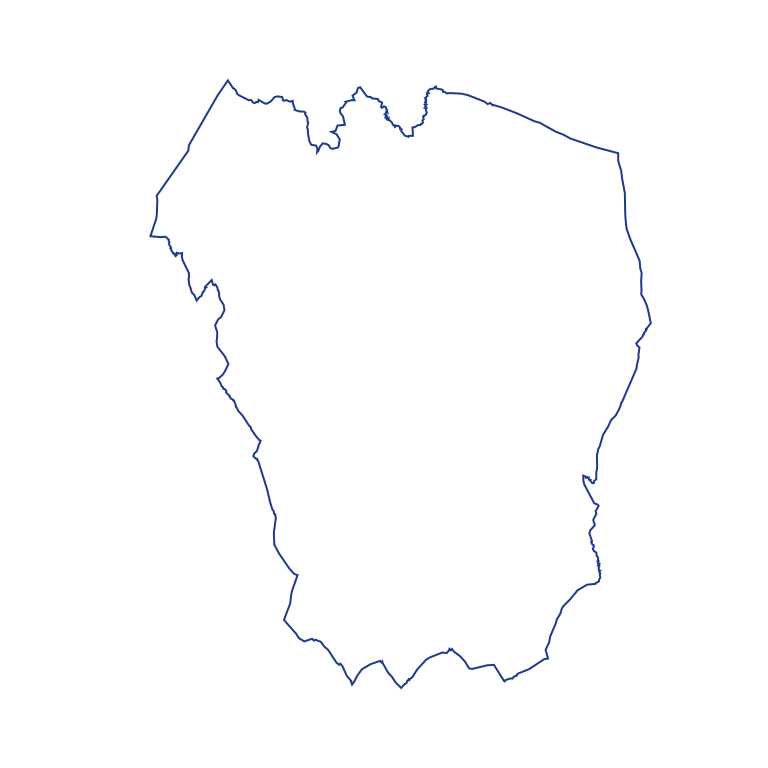 the district of Rakkestad nor, Østfold, Norway, rotated 9°
{"feature_id": "86288312B50253419979546", "entity_name": "Rakkestad nor", "entity_type": "district", "adm_level": 2, "iso_a3": "NOR", "parent_name": "Norway", "parent_adm1": "Østfold", "projection": "mercator", "projection_center": [11.413, 59.36], "detail": "fine", "context": "isolated", "style": "outline", "palette": "blue", "viewbox_px": 768, "rotation_deg": 9, "n_neighbors": 0, "source": "geoboundaries", "source_scale": "gbopen_adm2", "svg_char_len": 6125}
<svg xmlns="http://www.w3.org/2000/svg" viewBox="0 0 768 768"><g transform="rotate(9 384 384)"><path d="M589.0,629.5L585.2,621.3L587.5,613.6L587.7,607.1L591.0,593.9L591.6,589.4L594.0,583.4L594.8,577.9L596.1,575.1L601.7,567.3L607.5,557.4L615.9,550.5L624.2,548.3L624.2,547.6L627.1,545.4L627.1,543.1L627.9,541.3L626.9,538.3L627.2,536.9L625.9,536.0L625.9,534.6L626.4,534.4L625.1,533.7L624.7,531.1L625.1,530.7L624.4,530.2L624.9,530.0L624.9,529.2L624.0,529.2L624.8,527.8L623.3,527.4L623.4,526.5L622.8,525.9L623.5,525.3L622.7,524.9L622.9,522.9L621.8,521.0L621.1,520.8L620.0,517.2L617.4,516.1L616.0,514.0L616.7,512.2L616.3,510.4L615.1,510.1L613.5,508.0L613.4,507.5L614.1,506.9L610.3,499.5L610.3,497.3L610.9,495.8L614.2,490.8L614.1,489.7L612.3,486.6L612.0,485.1L614.1,478.9L612.9,476.6L615.1,470.8L613.6,469.6L610.3,468.9L597.6,452.0L596.1,448.4L595.1,443.3L597.8,444.0L598.2,444.9L599.0,444.1L599.5,444.7L601.0,444.3L601.3,446.4L603.1,446.4L603.0,447.4L604.7,449.0L606.3,449.3L606.8,448.9L606.5,448.3L606.7,447.1L608.5,444.9L607.5,438.0L607.7,435.2L607.4,431.9L605.3,420.3L605.8,417.9L605.7,415.4L606.9,411.1L608.3,399.9L612.0,391.1L613.8,384.3L617.8,378.8L620.1,372.3L621.3,367.1L621.2,365.5L621.9,364.6L631.0,329.1L630.8,325.7L631.4,318.2L630.8,315.9L630.6,308.0L628.0,306.3L626.8,304.3L631.9,296.8L632.1,295.0L633.0,294.3L632.9,292.7L634.5,290.2L634.2,289.0L634.7,289.1L635.0,287.6L638.0,282.3L633.4,270.0L631.0,264.8L627.3,259.1L624.1,255.4L623.7,251.4L621.9,242.2L621.1,234.1L619.0,229.7L617.2,222.3L604.5,202.3L599.7,193.4L598.3,189.5L595.7,178.6L592.0,157.7L587.2,144.3L584.9,136.3L580.4,127.0L579.2,119.4L557.4,117.2L529.7,112.4L522.6,109.8L514.4,108.0L496.9,101.6L491.3,100.9L473.2,95.9L457.3,92.5L447.6,91.2L448.1,91.6L447.7,91.8L445.0,89.8L442.6,91.3L438.9,89.3L421.7,85.6L415.2,85.1L403.1,86.4L400.8,87.2L397.6,85.9L396.6,86.2L396.1,84.6L395.1,84.1L389.5,84.0L388.7,82.1L387.6,82.9L386.8,84.6L383.7,85.3L381.9,87.2L381.5,88.7L382.3,89.6L381.2,89.6L381.1,90.2L381.9,90.2L381.0,91.0L381.9,92.6L380.5,94.4L380.6,95.0L380.0,95.2L381.0,96.4L380.6,97.0L381.3,97.5L380.6,99.3L381.4,99.2L381.2,101.0L381.9,101.2L380.6,102.0L382.2,103.5L381.8,103.8L382.4,104.2L382.3,104.9L381.8,105.1L382.6,105.3L382.2,105.8L382.5,106.8L383.8,109.3L383.1,111.7L381.3,112.8L381.4,113.5L380.8,113.9L381.8,116.4L380.8,117.6L381.5,119.7L380.8,121.1L379.7,121.5L379.3,122.5L376.8,123.2L374.2,125.5L372.0,126.1L373.8,134.3L369.6,135.1L369.5,136.0L365.7,135.4L361.4,131.5L361.6,129.7L360.0,129.7L359.8,128.3L358.2,126.9L354.6,126.9L355.0,128.0L354.5,128.4L353.6,126.9L352.2,126.6L351.1,124.7L348.3,122.6L346.8,122.6L346.9,121.7L346.3,122.4L345.4,122.1L344.6,121.1L345.4,120.3L345.2,119.8L345.8,120.4L345.5,119.1L344.7,118.6L343.9,119.4L344.1,118.0L342.6,117.5L343.4,116.7L343.5,115.1L344.9,115.4L344.2,114.2L344.4,113.2L343.1,112.1L342.9,110.7L340.6,109.7L339.3,111.2L338.1,111.3L337.7,109.8L338.2,106.8L337.8,106.2L334.6,105.4L333.3,103.4L327.7,103.8L326.0,102.6L323.1,102.9L321.8,102.3L314.0,94.6L312.0,95.7L311.3,100.5L307.8,104.1L310.4,108.4L307.6,108.7L302.5,111.0L302.9,111.1L300.0,117.2L297.8,118.6L297.7,121.5L298.9,123.6L301.7,126.2L304.8,134.1L297.6,136.0L296.6,141.5L292.7,143.2L298.0,144.7L302.0,149.3L302.0,155.9L301.5,157.6L296.7,159.7L294.7,159.6L293.5,158.9L292.2,156.9L289.4,155.9L285.8,155.9L283.6,159.7L282.6,164.1L281.7,165.6L281.5,162.1L279.6,159.2L274.7,159.1L272.3,155.8L270.0,149.3L269.1,145.8L269.2,144.9L267.9,142.9L268.3,137.4L267.4,136.7L266.6,133.0L263.7,129.6L264.0,128.2L262.3,127.5L257.4,128.0L252.8,127.2L252.9,126.2L250.2,121.1L249.5,118.6L247.0,119.9L243.0,118.8L241.1,119.9L239.9,119.6L238.6,116.5L233.9,116.6L231.0,117.7L227.9,122.7L224.3,125.5L222.2,125.5L215.7,123.0L215.4,125.4L213.8,125.4L212.6,126.7L210.7,126.6L208.3,124.3L206.2,124.9L195.0,121.3L193.3,120.1L192.0,117.4L190.0,115.7L188.9,115.7L182.3,108.6L174.6,124.8L154.0,178.6L154.2,184.2L130.0,233.8L131.3,237.6L133.1,251.8L133.2,256.3L130.2,274.6L140.3,273.9L145.2,272.7L148.8,275.1L148.9,276.3L149.9,277.5L149.7,279.5L152.5,283.0L151.9,283.5L155.0,287.7L155.6,287.5L158.1,290.3L159.1,289.2L158.3,287.8L158.8,286.7L161.1,287.3L164.1,286.3L164.6,290.5L165.9,293.5L174.0,305.0L174.7,309.7L174.5,311.0L176.4,317.1L178.4,320.2L178.3,320.8L180.1,324.0L182.7,325.8L185.9,330.8L188.3,326.9L189.8,325.7L190.6,322.8L190.5,321.7L191.5,320.8L192.3,318.5L192.1,317.0L193.0,316.5L192.1,316.1L197.5,308.3L199.7,312.9L200.9,313.0L201.9,311.9L204.4,314.8L205.2,317.4L206.3,318.1L206.4,319.4L207.1,320.5L207.1,321.9L208.6,325.7L213.1,330.7L214.9,336.2L212.5,343.5L210.2,345.9L208.0,352.5L211.2,359.0L212.0,365.2L211.9,367.9L213.6,373.3L222.4,381.5L227.2,388.6L224.7,396.8L223.3,400.0L220.2,403.8L218.5,404.7L221.7,408.0L224.2,411.9L225.1,412.1L226.1,413.9L227.4,413.9L229.4,415.5L229.3,417.1L233.6,420.1L233.6,420.9L235.2,422.5L236.5,422.7L237.8,424.0L238.4,423.7L241.2,428.8L241.3,429.8L242.8,431.0L243.8,433.0L249.3,437.4L257.3,446.3L259.0,447.3L260.1,449.7L265.7,455.5L269.7,459.0L270.9,459.2L270.8,461.0L269.6,464.0L269.8,464.9L268.9,470.2L266.8,472.9L266.2,475.6L268.7,477.6L270.6,477.9L270.8,479.2L271.9,479.9L284.8,505.9L290.4,519.4L293.5,525.6L294.9,526.7L295.7,529.2L297.0,529.7L297.1,531.0L298.1,532.9L298.5,548.4L300.8,559.8L306.8,567.8L319.1,580.8L324.9,585.6L328.5,586.3L325.6,602.5L325.3,606.4L325.7,615.4L322.1,632.7L336.5,644.6L339.6,648.3L345.5,650.7L352.9,646.9L355.0,648.5L356.2,647.3L361.9,648.5L366.0,652.6L370.4,655.3L380.6,666.6L383.7,668.3L384.5,667.1L387.1,669.2L392.8,677.9L398.3,682.7L398.0,683.2L399.5,685.9L401.2,682.6L403.1,676.5L406.8,669.2L414.6,662.8L423.4,658.1L424.9,659.4L425.7,658.3L426.5,660.1L433.7,669.0L437.4,671.7L442.2,677.0L448.5,681.5L451.2,677.2L453.0,675.9L453.3,673.7L454.4,672.3L455.2,672.5L454.9,671.4L456.0,671.1L458.0,668.9L461.3,661.0L468.7,649.8L471.9,647.0L483.6,640.1L488.1,639.9L489.9,636.8L490.1,635.4L491.6,636.6L492.6,635.1L495.3,637.6L501.9,641.1L507.4,645.5L512.7,651.7L515.7,651.6L529.9,645.7L536.5,644.2L549.1,658.6L550.0,658.7L550.4,657.4L555.0,655.0L556.9,654.9L558.2,652.6L560.8,651.3L560.6,650.5L561.5,649.1L571.7,643.1L585.3,630.7L589.0,629.5Z" fill="none" stroke="#1e3a8a" stroke-width="2"/></g></svg>